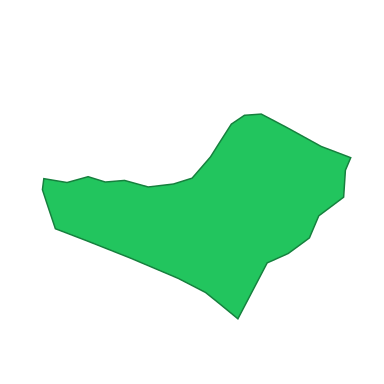 Älvkarleby, Uppsala, Sweden (Natural Earth projection), rotated 203°
{"feature_id": "70781695B87799416140928", "entity_name": "Älvkarleby", "entity_type": "district", "adm_level": 2, "iso_a3": "SWE", "parent_name": "Sweden", "parent_adm1": "Uppsala", "projection": "natural_earth1", "projection_center": [17.456, 60.577], "detail": "fine", "context": "isolated", "style": "filled", "palette": "green", "viewbox_px": 384, "rotation_deg": 203, "n_neighbors": 0, "source": "geoboundaries", "source_scale": "gbopen_adm2", "svg_char_len": 556}
<svg xmlns="http://www.w3.org/2000/svg" viewBox="0 0 384 384"><g transform="rotate(203 192 192)"><path d="M59.3,285.6L90.9,284.4L130.9,288.5L158.7,290.8L173.7,283.1L182.3,269.9L186.5,245.0L188.7,231.5L197.3,204.8L212.2,192.1L234.3,179.5L258.6,176.3L275.7,167.3L293.6,165.5L310.7,151.9L333.6,146.4L330.6,135.7L321.6,125.4L303.4,104.8L272.6,105.9L223.7,107.1L171.1,107.1L140.3,104.8L124.0,100.2L100.5,93.3L100.2,93.2L95.1,156.1L79.4,173.0L66.0,195.6L66.0,219.6L50.4,246.5L59.3,272.0L59.3,285.6Z" fill="#22c55e" stroke="#15803d" stroke-width="1.5"/></g></svg>